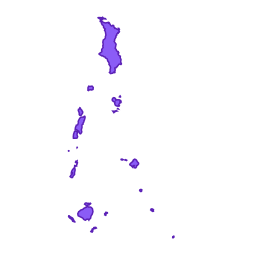 Maluku Barat Daya, Maluku, Indonesia, rotated 96°
{"feature_id": "22746128B88480653802061", "entity_name": "Maluku Barat Daya", "entity_type": "district", "adm_level": 2, "iso_a3": "IDN", "parent_name": "Indonesia", "parent_adm1": "Maluku", "projection": "robinson", "projection_center": [127.795, -7.318], "detail": "fine", "context": "isolated", "style": "filled", "palette": "violet", "viewbox_px": 256, "rotation_deg": 96, "n_neighbors": 0, "source": "geoboundaries", "source_scale": "gbopen_adm2", "svg_char_len": 5980}
<svg xmlns="http://www.w3.org/2000/svg" viewBox="0 0 256 256"><g transform="rotate(96 128 128)"><path d="M65.1,141.3L64.3,141.4L63.5,142.2L60.7,142.1L58.9,143.1L57.4,143.1L56.8,144.5L55.9,145.4L54.9,145.6L54.3,145.0L53.9,145.7L53.0,145.7L53.0,146.3L52.4,147.4L51.1,148.0L50.2,149.0L45.9,148.6L43.4,150.8L42.0,150.4L41.5,150.6L38.7,149.4L38.3,149.7L37.6,149.6L36.9,148.9L36.0,149.1L35.5,148.8L35.0,147.8L34.6,148.1L34.2,148.1L33.6,146.8L33.0,146.6L32.3,147.2L31.8,147.1L31.1,148.1L31.1,148.8L30.0,151.1L30.3,151.5L30.2,151.7L29.4,152.0L29.1,152.5L27.6,153.0L27.4,153.8L28.3,154.7L28.0,155.7L25.9,157.3L25.9,157.9L25.3,157.7L24.9,158.3L25.2,158.8L25.0,158.6L25.9,161.3L25.5,163.7L24.2,165.4L24.0,166.4L24.5,166.9L24.9,166.8L24.9,166.2L25.3,165.7L26.2,165.6L27.3,164.8L27.9,164.7L28.2,164.0L28.8,163.3L29.9,162.8L30.7,162.8L31.9,161.1L32.2,161.4L33.5,161.5L33.9,160.9L34.9,160.5L37.9,159.7L39.6,160.1L40.8,159.9L41.9,160.5L43.1,161.8L45.4,162.0L46.5,161.6L48.3,161.4L48.8,161.7L50.6,161.2L52.4,162.3L53.4,162.4L54.2,162.0L55.0,162.1L57.1,164.5L57.7,164.4L59.1,161.4L58.8,160.8L59.6,159.5L59.9,158.1L60.7,157.7L61.3,156.1L61.9,155.7L63.5,155.2L64.0,154.4L64.5,154.3L64.9,153.9L66.2,153.4L66.7,153.6L68.5,152.1L69.7,151.7L71.8,151.9L73.8,151.6L74.6,152.3L75.7,151.1L75.2,149.3L74.7,148.5L74.0,148.1L74.4,147.1L74.2,146.8L72.9,147.1L72.6,146.9L71.6,146.8L69.8,147.4L69.3,146.1L68.5,145.9L68.1,145.0L67.2,144.9L66.8,144.4L65.6,143.8L65.3,142.8L65.6,141.7L65.1,141.3ZM214.9,154.1L212.1,154.9L210.9,156.1L210.5,157.5L210.8,158.6L210.2,160.3L211.2,161.1L211.3,162.0L211.7,162.2L212.7,163.8L213.6,164.3L214.6,166.5L215.9,167.6L216.4,168.3L218.6,169.0L220.5,168.4L222.2,163.8L222.8,163.0L223.4,162.7L224.0,161.4L224.1,160.5L223.2,159.9L222.9,158.8L222.9,158.0L223.7,157.3L223.1,157.1L221.8,155.8L219.5,155.6L217.5,154.6L214.9,154.1ZM122.2,171.8L121.1,172.0L120.8,172.3L120.9,172.7L121.9,173.5L122.0,175.2L122.4,176.3L123.6,177.1L125.8,178.0L126.9,178.2L128.0,177.9L129.9,178.3L130.5,179.1L130.6,179.7L131.7,179.9L132.7,180.3L134.8,180.4L135.1,178.7L136.0,178.0L136.2,176.7L138.0,175.8L138.7,175.1L138.7,174.5L137.4,173.7L136.4,173.6L135.6,174.0L134.2,174.2L132.4,173.8L130.0,174.1L129.3,173.8L128.9,173.1L127.8,173.2L126.4,172.5L125.3,172.6L124.8,172.2L122.2,171.8ZM162.6,113.7L161.7,113.9L160.6,115.2L159.1,116.2L158.5,117.1L158.3,118.2L159.2,119.3L160.0,119.2L160.3,119.8L161.0,120.0L163.2,122.1L164.3,122.4L164.7,122.0L165.0,121.1L166.4,119.4L165.6,119.5L164.7,118.4L164.7,118.0L165.4,118.3L166.2,117.9L166.9,117.3L166.9,116.2L165.8,115.5L164.6,115.6L164.2,114.7L162.6,113.7ZM102.6,138.1L102.2,137.7L101.4,138.2L100.9,139.7L101.1,142.0L101.6,143.0L100.2,143.4L99.4,144.4L99.3,145.3L100.1,146.4L101.5,146.7L102.4,146.4L103.3,145.1L103.5,143.7L105.0,143.8L106.5,143.1L107.1,142.2L107.4,140.8L107.1,140.3L107.3,139.3L106.7,138.9L106.0,139.6L105.1,139.4L104.5,138.7L103.6,138.7L103.4,137.9L102.9,138.5L103.2,138.6L103.0,138.8L102.2,138.7L102.3,138.2L102.6,138.1ZM143.2,177.5L141.8,177.2L140.1,178.0L138.9,178.0L137.0,177.5L137.2,178.2L136.4,180.3L137.0,180.8L139.9,181.5L142.5,181.5L143.9,181.2L143.5,178.0L143.2,177.5ZM175.3,176.2L173.5,176.7L173.0,177.2L175.2,178.8L177.0,179.5L178.6,179.7L178.3,178.6L179.3,178.5L180.6,179.7L182.4,180.5L182.7,179.8L183.1,179.5L183.2,178.7L183.0,178.0L181.4,177.5L179.9,176.3L178.0,176.5L175.3,176.2ZM117.6,174.6L116.3,174.9L115.9,175.5L115.2,175.7L114.3,176.9L113.1,177.5L112.9,178.0L114.3,178.4L114.6,179.2L115.8,179.3L118.6,177.8L119.2,178.1L120.3,177.5L120.5,176.8L120.1,175.8L117.6,174.6ZM93.3,166.8L91.3,166.8L90.1,168.1L90.7,170.5L90.5,171.4L91.9,172.0L94.7,171.8L94.9,171.1L94.3,170.7L93.9,169.7L94.0,167.9L93.6,167.7L93.3,166.8ZM226.5,173.3L227.0,171.1L226.7,171.1L225.6,172.4L224.6,172.7L223.3,173.8L222.2,176.4L221.5,177.2L221.5,177.7L222.4,177.8L223.5,176.7L224.9,174.2L226.5,173.3ZM207.0,157.2L206.7,157.6L207.0,158.2L207.3,158.2L207.4,158.7L207.0,159.4L207.2,160.1L206.9,161.9L207.4,162.8L208.3,163.2L209.6,160.9L209.4,160.1L208.7,159.8L208.7,158.9L208.5,158.4L207.8,158.2L207.5,157.4L207.0,157.2ZM21.4,164.2L21.1,164.2L21.0,164.8L20.7,164.9L21.0,165.2L21.2,168.6L21.4,169.3L21.5,169.3L22.8,166.8L22.7,165.8L21.9,165.2L21.4,164.2ZM208.1,94.0L207.1,94.4L206.7,94.1L206.3,94.5L205.9,95.6L206.1,96.5L206.4,96.6L206.2,96.0L206.5,95.8L206.4,96.3L207.1,96.8L207.7,96.2L208.4,94.6L208.1,94.0ZM214.8,139.6L214.3,139.7L214.1,141.2L215.2,141.7L215.6,142.2L216.1,141.9L216.8,142.1L217.2,141.0L216.8,140.8L216.0,141.2L215.6,141.0L214.8,139.6ZM189.5,107.9L188.0,107.8L187.7,108.7L188.2,109.7L188.8,109.9L189.6,109.3L189.9,108.5L189.5,107.9ZM234.1,152.2L233.2,152.5L232.6,152.2L232.1,152.9L232.5,153.2L233.5,153.0L234.7,154.2L235.0,154.0L235.3,152.8L234.1,152.2ZM230.8,149.0L230.2,149.6L230.3,150.7L230.8,151.0L230.7,151.6L231.9,151.8L231.2,149.6L230.8,149.0ZM113.1,143.3L112.3,140.8L112.0,141.5L112.6,142.9L112.8,144.9L113.8,144.0L113.6,144.0L113.8,143.6L113.7,143.2L113.4,143.4L113.1,143.3ZM169.8,175.0L169.7,175.2L170.9,175.7L171.2,176.5L171.0,177.1L171.7,177.1L171.8,176.4L171.3,176.1L171.2,175.1L170.4,175.3L169.8,175.0ZM166.9,175.2L166.0,175.2L166.6,176.0L166.5,176.3L167.5,176.7L167.8,176.4L167.9,176.0L167.1,175.7L166.9,175.2ZM231.3,70.9L230.8,71.2L231.4,72.1L232.4,72.1L232.5,71.7L231.9,71.0L231.3,70.9ZM159.8,130.0L159.5,130.8L159.9,131.6L160.3,131.4L160.5,130.4L160.3,130.1L159.9,130.5L159.8,130.0ZM160.1,127.8L160.5,126.1L160.2,125.9L159.7,127.0L160.1,127.8ZM97.9,138.7L97.3,138.8L96.9,139.2L97.9,139.8L98.1,139.0L97.9,138.7ZM30.7,147.0L29.9,147.5L29.9,148.0L30.9,147.7L30.7,147.0ZM21.7,163.0L21.9,162.7L21.9,161.6L21.6,161.8L21.4,162.7L21.7,163.0ZM110.1,139.6L109.7,140.0L109.7,140.4L110.0,140.5L110.1,139.6ZM157.5,185.1L157.1,184.5L156.9,183.8L156.8,184.7L157.5,185.1ZM22.0,164.2L21.9,164.8L22.3,165.2L22.0,164.9L22.3,164.8L22.0,164.6L22.3,164.3L22.0,164.2ZM152.9,176.6L152.6,176.4L152.0,176.7L152.6,176.7L152.9,176.6ZM168.1,174.7L168.2,174.9L168.8,174.8L168.5,174.7L168.1,174.7Z" fill="#8b5cf6" stroke="#5b21b6" stroke-width="1.5"/></g></svg>